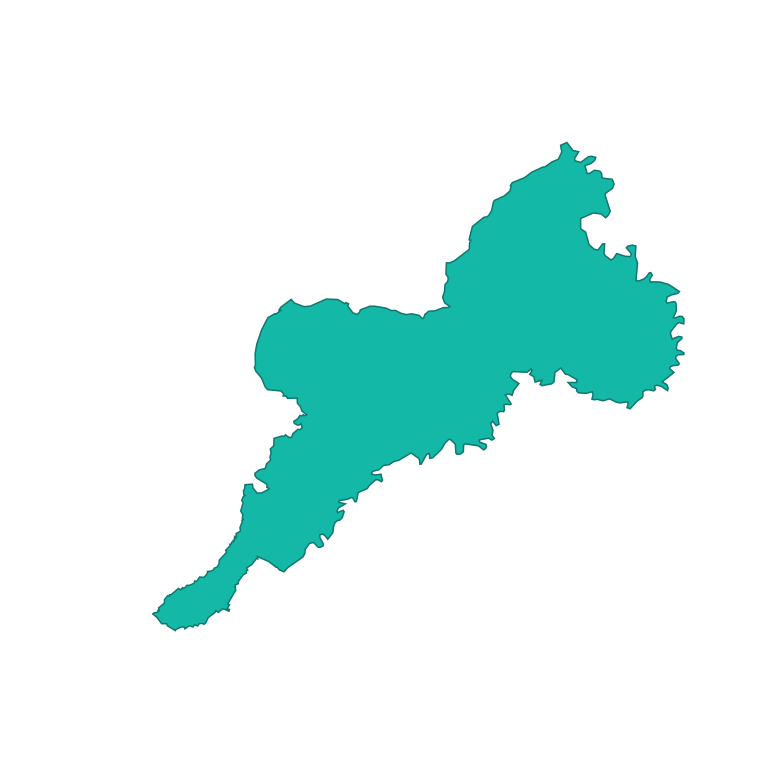 Nyarugenge, Kigali City, Rwanda, rotated 245°
{"feature_id": "39286606B91255837333217", "entity_name": "Nyarugenge", "entity_type": "district", "adm_level": 2, "iso_a3": "RWA", "parent_name": "Rwanda", "parent_adm1": "Kigali City", "projection": "robinson", "projection_center": [30.031, -1.971], "detail": "fine", "context": "isolated", "style": "filled", "palette": "teal", "viewbox_px": 768, "rotation_deg": 245, "n_neighbors": 0, "source": "geoboundaries", "source_scale": "gbopen_adm2", "svg_char_len": 6142}
<svg xmlns="http://www.w3.org/2000/svg" viewBox="0 0 768 768"><g transform="rotate(245 384 384)"><path d="M499.9,335.7L497.3,323.2L495.4,320.1L494.4,321.5L493.0,315.3L493.9,314.8L493.2,307.0L490.3,303.0L484.7,295.9L474.1,285.7L465.9,280.0L455.3,275.4L453.9,273.6L450.2,273.2L441.2,275.5L431.8,275.1L428.1,276.1L421.1,287.8L417.1,288.9L415.9,287.5L414.1,290.4L411.8,290.4L408.0,299.3L403.2,297.4L399.0,298.6L394.2,298.2L388.8,300.9L389.0,298.0L390.2,297.9L390.0,295.5L391.1,294.6L389.0,291.2L388.2,286.4L386.3,286.1L383.5,288.0L382.7,289.6L383.2,292.0L379.1,291.4L378.1,288.5L379.3,286.8L377.5,280.5L374.6,277.7L375.7,275.4L379.6,273.1L378.8,271.0L380.0,269.5L381.2,261.3L374.7,258.1L373.1,253.4L369.3,252.6L366.3,250.0L363.0,249.0L361.2,243.7L357.6,240.7L358.9,234.5L357.6,229.3L355.6,228.3L352.4,229.0L342.4,235.6L339.8,234.1L338.2,235.6L337.3,234.9L337.0,227.1L338.7,222.9L345.3,221.3L348.8,222.4L351.5,215.5L347.9,213.4L346.7,211.5L342.9,210.2L341.8,211.0L341.4,208.8L338.6,205.8L336.0,206.2L329.5,200.5L325.2,200.8L322.3,198.9L320.6,199.0L320.6,197.6L319.1,197.4L314.9,192.9L311.3,191.6L310.9,186.7L308.6,186.1L308.9,184.7L308.0,185.2L308.0,183.9L307.0,184.4L307.2,183.1L305.3,182.1L306.0,181.2L304.6,180.2L305.0,179.2L303.6,177.8L303.9,176.6L302.5,176.3L300.2,170.1L298.0,170.3L294.0,160.4L290.7,158.4L288.7,155.6L288.8,152.2L287.6,151.0L287.5,148.3L288.7,144.8L287.2,144.3L284.8,139.3L287.0,135.3L284.3,130.8L285.5,129.2L283.6,127.5L283.8,122.5L284.9,120.2L283.7,118.4L283.7,115.5L284.5,115.4L283.4,112.7L285.6,111.2L283.0,101.9L283.7,100.6L282.4,99.9L283.5,98.3L281.4,94.0L278.2,92.3L276.4,85.2L273.5,84.3L274.3,83.4L272.8,82.3L273.8,78.7L273.2,77.2L268.5,79.6L260.7,81.2L258.6,85.8L256.4,85.5L248.7,90.7L249.6,91.9L249.3,98.5L247.6,100.4L246.2,100.1L247.3,105.4L244.5,108.2L245.9,110.4L243.4,113.0L244.9,115.2L243.9,118.2L242.3,119.1L242.8,121.4L246.7,126.2L248.2,134.1L249.7,135.9L247.0,137.3L248.3,142.3L247.8,143.8L243.6,147.4L245.0,148.6L246.6,146.9L249.3,150.7L250.7,149.4L259.8,162.5L264.7,164.0L264.6,167.5L266.8,168.9L270.6,175.9L270.8,179.4L272.9,180.4L272.8,181.8L275.2,181.6L276.3,188.0L279.7,194.9L278.9,195.7L281.2,196.3L271.7,204.6L263.5,208.8L263.4,209.6L259.6,210.7L256.1,214.0L258.3,219.4L261.5,237.4L263.7,240.5L267.4,242.7L271.0,249.1L270.2,253.1L264.0,255.3L263.0,256.8L263.0,260.4L264.5,261.4L271.7,261.0L274.4,262.0L274.0,264.7L271.8,266.3L267.0,267.4L270.9,274.8L276.5,278.3L279.2,281.3L279.9,284.5L279.2,286.1L280.4,289.6L285.1,293.9L286.8,293.6L287.2,287.5L288.8,287.9L291.0,290.1L291.7,298.3L295.9,292.9L297.2,294.0L294.9,302.6L294.9,306.3L294.2,307.5L289.6,307.9L289.1,309.3L296.5,314.7L296.3,324.7L298.2,327.6L300.7,336.1L299.7,338.1L296.6,340.4L297.2,341.8L303.5,343.2L305.2,337.6L307.7,334.7L309.0,335.4L309.5,337.8L308.4,342.8L310.4,349.1L308.7,354.6L309.6,360.4L308.6,365.2L310.1,379.3L302.4,383.8L300.1,384.1L296.2,382.6L295.6,383.8L302.1,392.8L302.0,395.7L297.3,394.1L296.6,397.0L300.4,408.2L304.8,414.7L306.5,419.5L305.3,420.9L299.3,423.2L291.1,420.0L289.4,420.4L288.2,423.8L289.0,427.3L295.1,430.4L295.5,432.3L288.1,443.4L282.2,446.5L282.4,448.5L283.7,450.3L286.2,450.9L290.8,446.2L293.1,446.7L290.7,455.9L287.6,458.0L287.9,461.0L292.0,460.3L296.1,463.3L302.9,463.8L304.3,466.7L298.9,468.1L298.9,471.2L309.8,474.3L310.2,477.6L308.4,480.7L309.5,482.2L314.2,483.8L314.5,485.0L312.0,489.5L312.2,490.8L322.9,489.4L322.5,492.6L319.6,495.3L323.4,498.7L327.4,506.5L333.4,502.6L337.2,501.7L339.6,503.2L340.8,506.0L334.2,518.6L335.3,523.9L333.3,523.6L331.2,520.1L327.3,522.9L321.9,521.8L320.6,528.7L317.6,525.2L315.7,526.5L313.3,535.9L314.1,539.0L322.3,543.8L323.7,551.0L316.2,552.6L314.6,554.9L306.1,560.8L304.1,559.0L307.5,551.5L302.0,553.3L298.0,556.8L296.5,555.7L293.9,556.4L290.0,563.5L289.0,569.4L285.7,568.9L282.4,566.0L281.0,567.6L279.9,570.9L276.2,575.4L275.2,582.2L269.3,586.8L266.9,590.4L264.9,597.3L262.6,596.7L259.9,594.2L257.5,596.6L261.5,606.1L262.5,612.1L263.6,613.6L267.5,615.3L268.0,618.0L267.1,621.3L263.8,625.6L264.4,627.8L267.7,628.0L267.5,630.9L264.8,634.2L258.2,638.2L260.2,639.8L264.0,640.1L268.4,637.0L271.9,651.7L277.1,649.4L278.5,650.7L278.6,653.2L276.8,658.7L277.5,660.2L283.7,659.2L285.6,660.0L286.2,663.2L284.0,668.0L285.1,669.0L288.9,666.9L290.7,664.0L293.0,664.1L297.5,667.3L299.4,673.3L300.7,673.8L302.6,671.2L303.0,664.1L309.1,665.1L310.9,667.0L314.8,675.0L315.0,677.4L311.8,681.1L316.5,683.5L319.4,682.6L320.7,679.9L320.6,675.9L321.9,674.3L326.9,680.0L333.2,682.6L335.2,682.6L336.3,681.3L337.7,674.8L339.5,674.6L343.2,677.4L343.3,681.8L342.0,688.6L342.9,690.8L354.0,684.0L359.8,677.2L364.1,668.5L366.7,669.1L369.2,673.1L372.2,672.9L372.6,671.3L369.9,666.4L369.4,662.8L369.7,658.6L371.1,656.0L386.4,664.9L393.3,665.5L402.6,670.6L404.8,668.1L405.9,663.4L405.0,661.1L397.4,663.4L395.4,661.0L397.9,656.5L403.9,650.0L400.9,645.3L400.4,642.2L407.0,638.6L409.6,638.7L417.8,643.2L418.6,641.4L415.0,634.5L417.2,631.6L423.4,628.7L436.4,630.9L441.5,627.9L450.9,632.1L450.6,646.0L446.2,652.8L441.1,655.1L441.8,657.8L444.9,662.0L462.0,664.2L463.2,665.6L464.8,673.8L468.0,677.0L473.1,677.4L478.4,668.8L483.2,670.2L485.7,669.5L488.8,665.1L487.9,659.3L488.9,657.1L497.1,658.4L496.3,664.8L497.6,669.4L499.9,671.7L502.7,668.3L503.6,665.3L501.7,656.0L505.6,651.5L507.9,652.0L512.2,658.6L515.8,653.9L525.6,651.8L525.7,644.9L519.2,643.2L514.0,636.9L514.3,630.3L512.7,621.2L513.5,619.9L513.5,607.3L511.6,598.6L512.3,585.3L510.3,582.3L509.4,582.8L505.7,579.7L503.6,572.4L503.7,561.7L502.9,560.3L495.7,554.8L492.5,550.1L492.0,547.9L492.9,545.0L489.4,530.7L479.5,522.6L478.5,522.1L477.6,523.5L475.6,521.1L470.0,518.2L465.9,499.8L466.0,495.3L467.4,491.7L457.3,486.5L453.9,487.2L451.8,486.4L449.8,484.8L448.5,481.5L442.0,477.7L437.8,473.8L431.9,473.3L426.4,476.5L426.2,474.6L428.2,469.8L428.7,461.3L431.1,455.3L429.7,450.3L427.0,447.8L427.0,446.4L431.2,444.9L432.6,443.3L435.9,438.8L437.4,433.7L440.8,429.4L446.1,425.2L447.4,421.7L452.1,417.7L458.5,408.3L460.4,404.3L461.2,393.9L459.4,392.2L458.3,389.1L461.7,385.8L470.2,384.1L471.6,385.8L473.9,384.0L473.4,382.4L480.1,377.8L485.4,367.5L485.7,350.1L488.0,344.1L495.3,336.9L499.9,335.7Z" fill="#14b8a6" stroke="#0f766e" stroke-width="1.5"/></g></svg>